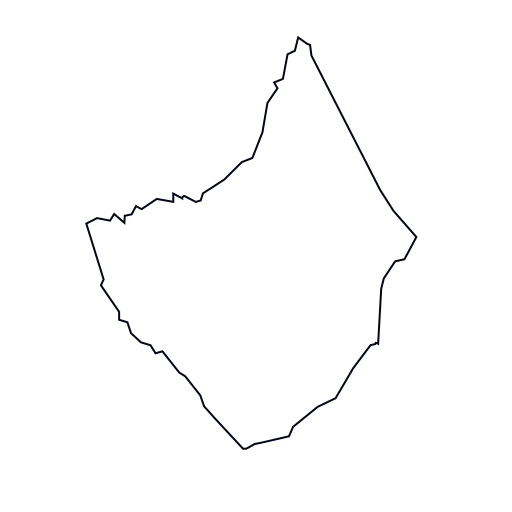 outline of Cumberland, North Carolina, United States of America, rotated 243°
{"feature_id": "52423323B14263080963128", "entity_name": "Cumberland", "entity_type": "district", "adm_level": 2, "iso_a3": "USA", "parent_name": "United States of America", "parent_adm1": "North Carolina", "projection": "natural_earth1", "projection_center": [-78.796, 35.051], "detail": "fine", "context": "isolated", "style": "outline", "palette": "ink", "viewbox_px": 512, "rotation_deg": 243, "n_neighbors": 0, "source": "geoboundaries", "source_scale": "gbopen_adm2", "svg_char_len": 1128}
<svg xmlns="http://www.w3.org/2000/svg" viewBox="0 0 512 512"><g transform="rotate(243 256 256)"><path d="M89.1,169.5L88.1,172.9L87.3,175.8L80.4,203.5L87.0,211.6L93.6,242.4L93.2,262.4L112.1,292.0L124.6,317.7L123.4,322.1L124.2,323.3L122.7,324.8L122.4,325.0L170.0,352.7L178.0,359.7L187.7,376.9L187.7,377.0L187.8,377.1L187.9,377.3L188.0,377.6L188.0,377.9L185.7,386.8L200.1,407.5L233.7,399.0L258.3,396.6L409.5,396.4L419.5,400.0L419.7,399.8L421.8,397.9L431.6,392.8L421.2,383.8L421.4,375.7L401.6,360.4L402.4,350.9L395.7,351.3L387.2,335.7L363.3,317.9L345.0,297.3L346.1,286.0L338.5,262.4L335.9,237.1L330.6,232.0L331.5,226.9L341.9,219.5L342.1,219.2L342.2,218.9L342.0,218.3L341.8,217.1L341.6,216.8L341.4,216.4L341.0,216.3L349.2,210.6L341.8,206.9L351.9,193.5L349.7,175.4L354.9,171.7L349.6,164.1L351.4,157.3L345.3,153.8L357.8,148.7L353.8,142.0L361.9,131.6L361.9,119.5L304.3,109.6L300.3,104.5L268.4,108.7L261.3,105.1L255.4,111.3L243.9,109.6L231.3,114.3L224.4,121.5L214.9,122.3L213.6,129.3L187.0,134.7L181.0,138.3L157.0,143.1L145.6,141.5L129.1,145.9L90.1,157.0L88.7,160.1L89.1,169.5Z" fill="none" stroke="#020617" stroke-width="2"/></g></svg>